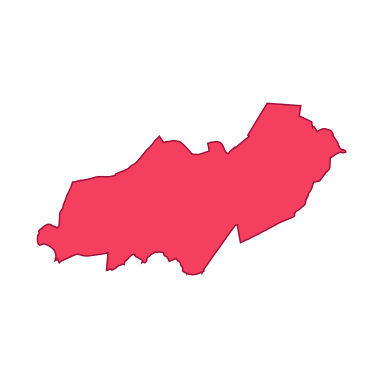 the district of Bunnik, Utrecht, Netherlands, rotated 122°
{"feature_id": "6326949B29533693769224", "entity_name": "Bunnik", "entity_type": "district", "adm_level": 2, "iso_a3": "NLD", "parent_name": "Netherlands", "parent_adm1": "Utrecht", "projection": "natural_earth1", "projection_center": [5.219, 52.039], "detail": "fine", "context": "isolated", "style": "filled", "palette": "rose", "viewbox_px": 384, "rotation_deg": 122, "n_neighbors": 0, "source": "geoboundaries", "source_scale": "gbopen_adm2", "svg_char_len": 5825}
<svg xmlns="http://www.w3.org/2000/svg" viewBox="0 0 384 384"><g transform="rotate(122 192 192)"><path d="M246.8,298.5L248.0,298.3L249.8,297.8L251.7,297.3L261.6,296.2L262.8,295.8L263.7,295.6L267.8,294.8L270.8,294.4L271.7,294.1L273.6,293.2L273.9,293.1L274.6,293.1L276.9,293.2L277.5,293.2L278.1,293.2L280.5,292.7L283.6,290.9L291.2,286.8L294.1,287.4L294.0,287.8L293.9,288.3L294.1,289.5L294.5,292.5L294.5,294.6L294.8,295.3L295.5,296.8L296.1,297.3L296.6,297.8L298.2,298.7L299.3,299.3L301.7,300.0L302.9,300.2L303.1,300.3L303.7,300.8L304.3,301.0L305.3,301.2L306.6,301.3L307.1,300.8L307.5,300.1L307.7,299.9L308.2,299.8L310.7,299.6L311.2,299.6L311.5,299.4L314.5,297.7L315.0,297.4L315.5,297.0L316.6,295.9L317.2,295.4L317.5,295.1L317.6,294.7L317.7,293.7L317.8,293.1L317.7,292.8L316.6,291.8L316.4,291.6L315.6,291.1L314.8,290.4L314.4,289.8L314.0,288.8L313.9,287.7L313.6,286.1L313.5,285.1L313.5,282.7L313.7,281.0L313.9,279.9L314.1,278.9L314.5,278.0L314.9,277.2L316.2,275.5L316.9,274.7L317.8,273.9L318.6,273.3L319.7,272.7L320.7,272.4L322.9,271.8L321.6,271.1L319.9,270.6L320.4,270.0L322.4,267.0L320.9,266.8L320.1,266.5L305.5,256.8L304.2,252.3L304.0,251.5L303.4,250.0L302.8,248.7L301.8,247.0L300.9,245.7L299.1,243.7L297.8,242.0L293.7,237.2L293.6,236.9L288.1,231.0L293.5,228.2L303.8,223.0L303.8,222.9L303.7,222.7L303.1,222.1L302.3,221.6L301.9,221.4L301.0,221.1L300.7,220.8L300.5,220.4L300.4,220.1L300.4,219.9L300.7,219.6L300.8,219.2L300.7,218.7L300.6,218.4L299.9,217.9L298.3,217.1L297.3,216.3L295.9,216.1L295.5,216.0L294.7,215.5L294.2,215.5L293.2,215.3L292.7,214.9L292.1,214.1L291.7,213.7L290.6,213.2L290.4,213.0L290.1,212.6L289.5,211.3L289.4,211.0L286.2,212.3L285.8,211.9L285.1,211.5L283.1,211.0L281.2,210.7L278.6,210.1L276.3,209.1L275.9,208.7L275.7,208.3L275.3,207.3L276.0,207.2L276.0,206.9L276.5,205.8L276.6,205.1L276.3,203.6L276.3,200.6L276.1,199.8L276.0,199.6L275.8,199.4L275.8,199.1L275.9,198.7L276.3,198.1L277.1,197.5L277.3,197.3L278.5,197.0L278.1,196.8L277.8,196.5L277.3,196.0L277.2,195.8L277.1,195.3L276.9,194.3L276.8,194.2L274.1,194.1L272.3,195.0L271.4,195.2L270.6,195.0L270.2,194.8L268.9,194.1L268.4,193.9L267.3,193.7L266.3,193.5L265.2,192.8L264.3,192.3L263.8,192.0L263.0,191.8L262.5,191.4L262.1,190.8L262.0,190.6L261.8,189.6L261.2,189.2L261.0,188.9L259.8,187.2L259.5,186.4L259.1,185.3L258.6,184.3L258.7,184.0L258.8,183.8L260.5,182.1L260.6,181.6L260.6,181.4L260.3,179.3L260.4,178.9L260.5,178.7L261.0,178.1L261.0,177.1L261.1,176.8L261.5,176.5L262.0,175.8L262.5,175.0L262.9,174.6L256.7,170.2L257.3,169.6L257.2,169.5L257.2,169.4L257.3,169.3L257.8,167.7L257.9,166.1L258.3,164.6L258.7,164.0L259.0,163.6L259.7,163.1L260.2,162.6L260.3,162.1L260.5,161.3L260.5,160.9L260.6,160.6L260.8,160.3L262.5,159.0L263.9,158.1L264.0,158.0L264.1,157.7L264.1,156.8L264.1,155.3L264.1,155.0L263.9,154.6L263.8,154.3L263.5,154.0L264.3,152.9L263.6,153.0L263.5,151.8L263.5,151.5L263.3,150.7L262.3,148.5L261.3,146.9L259.8,145.2L258.6,144.1L256.7,142.5L255.9,142.0L254.6,141.2L255.0,140.9L255.5,140.5L255.3,140.5L254.7,140.9L252.6,140.0L251.7,141.0L244.2,140.5L243.0,140.5L242.9,140.6L242.6,140.5L234.7,140.1L229.6,139.8L229.3,139.7L229.2,139.8L229.2,139.7L208.0,138.5L197.2,137.6L196.4,137.0L195.8,136.3L203.7,129.2L209.3,124.0L202.4,119.7L202.6,119.5L196.7,116.1L193.5,114.0L191.8,113.1L191.4,112.8L189.0,111.5L182.1,107.4L173.4,102.5L170.8,100.9L168.8,99.5L165.7,97.3L159.2,92.8L158.6,92.5L158.1,92.4L157.9,92.4L156.6,93.1L155.6,93.9L155.1,93.6L154.5,93.7L153.9,93.7L153.4,93.5L152.2,93.0L151.5,92.6L151.5,92.4L151.1,92.3L143.6,89.8L142.6,89.7L142.0,89.8L138.5,91.0L137.5,91.2L134.3,91.4L131.7,92.3L126.5,92.3L125.1,92.5L120.1,94.0L119.8,94.1L119.5,94.3L115.1,89.7L104.9,88.8L104.2,89.1L103.2,88.2L99.3,87.7L96.6,89.0L92.7,91.2L89.7,93.0L87.3,91.6L82.1,89.2L81.5,88.8L80.4,87.9L79.8,87.4L79.5,86.9L79.3,86.4L79.0,85.1L78.7,84.5L78.0,83.8L76.9,82.7L75.8,83.4L75.9,83.8L75.7,84.7L75.8,85.5L76.0,86.2L76.6,87.5L76.6,87.9L76.6,88.5L76.6,89.1L76.5,89.4L76.3,90.0L76.2,90.4L75.3,91.3L75.2,91.9L75.1,92.4L75.0,92.8L74.9,92.9L74.6,93.1L73.9,93.5L73.6,93.7L73.2,94.2L72.7,94.9L72.3,95.8L71.9,96.8L71.7,97.4L70.4,100.1L69.8,101.5L69.5,102.0L69.3,102.2L68.0,103.3L67.7,103.7L66.7,105.8L66.6,106.2L66.5,106.8L66.5,107.3L66.7,108.4L66.8,109.5L67.1,109.9L67.2,110.1L67.9,112.8L68.3,113.5L68.6,113.9L69.3,114.6L71.0,116.0L73.1,117.3L74.4,117.8L71.9,123.3L73.5,123.8L72.2,125.0L69.2,127.6L69.1,127.8L70.2,137.5L70.5,139.4L70.8,141.3L64.1,144.3L63.7,144.4L61.1,145.5L62.6,148.1L67.5,157.4L68.2,158.7L68.6,159.0L69.0,159.3L69.1,159.8L69.0,160.3L71.2,164.5L72.0,165.8L76.9,175.2L114.2,174.8L114.4,173.0L119.8,174.8L131.8,178.8L131.4,179.3L132.3,179.6L136.1,181.0L137.5,181.3L140.4,181.7L140.4,182.8L140.2,184.2L140.1,184.9L139.8,185.6L139.7,186.0L139.2,186.6L137.4,188.9L136.2,190.8L135.7,191.8L135.1,194.0L135.1,194.8L135.4,195.7L135.8,197.0L136.3,197.7L136.9,198.7L138.8,201.0L140.4,202.7L142.1,204.3L142.4,204.5L144.0,202.8L145.4,201.5L146.9,200.3L148.4,199.2L152.1,202.4L155.0,204.7L155.8,205.5L156.7,206.3L159.1,210.5L159.6,211.6L159.7,211.8L159.7,212.2L157.8,218.7L157.7,219.0L157.1,221.4L156.7,223.1L156.5,223.6L156.2,225.6L155.9,228.3L155.9,228.8L156.1,229.6L156.2,230.2L156.9,231.9L157.3,232.6L157.2,232.9L157.9,234.3L158.3,235.0L159.1,235.9L160.6,237.3L161.5,238.5L162.4,239.9L162.8,240.4L163.5,241.0L165.1,242.3L164.3,244.0L163.2,246.5L161.9,249.2L164.6,249.7L167.9,250.6L171.4,250.8L172.6,250.9L174.5,251.3L176.8,251.6L180.2,252.6L187.7,253.6L191.3,254.0L195.2,254.6L197.7,255.2L199.7,256.1L200.5,256.7L201.6,257.2L202.8,257.6L206.1,258.6L207.3,259.2L210.0,261.2L217.4,266.4L218.4,265.8L220.8,268.0L222.8,270.1L223.4,271.0L224.6,272.9L225.3,274.1L225.7,274.9L229.2,280.4L229.7,280.8L230.8,281.9L235.1,285.7L240.9,291.9L241.1,292.2L240.9,292.5L241.3,292.8L242.8,294.4L243.5,294.9L245.8,297.2L246.8,298.5Z" fill="#f43f5e" stroke="#9f1239" stroke-width="1.5"/></g></svg>